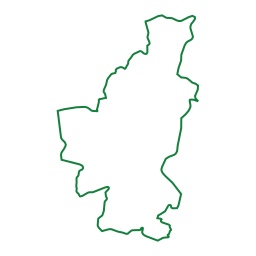 the Province of Kâmpóng Cham, rotated 270°
{"feature_id": "KHM-1784", "entity_name": "Kâmpóng Cham", "entity_type": "Province", "adm_level": 1, "iso_a3": "KHM", "parent_name": "Cambodia", "parent_adm1": "", "projection": "natural_earth1", "projection_center": [105.558, 12.075], "detail": "fine", "context": "isolated", "style": "outline", "palette": "green", "viewbox_px": 256, "rotation_deg": 270, "n_neighbors": 0, "source": "natural_earth", "source_scale": "10m", "svg_char_len": 3895}
<svg xmlns="http://www.w3.org/2000/svg" viewBox="0 0 256 256"><g transform="rotate(270 128 128)"><path d="M240.1,192.3L240.1,192.5L238.9,194.9L237.1,195.0L235.3,193.9L232.2,191.4L230.3,190.6L228.9,190.4L227.4,190.5L219.6,192.9L217.8,192.5L216.5,191.4L214.5,187.8L213.5,186.4L210.7,184.7L201.1,181.3L195.4,181.1L188.1,178.6L181.8,177.3L178.5,181.3L178.4,183.5L178.1,185.7L177.3,187.7L173.4,192.3L172.2,195.7L170.5,198.0L166.5,197.8L159.9,195.0L157.5,195.6L154.7,198.3L154.8,198.2L154.9,197.5L156.3,193.5L156.4,191.0L156.2,190.0L155.4,189.6L150.5,190.5L150.1,190.5L148.4,190.2L147.3,189.7L146.3,189.2L145.1,188.5L141.7,185.6L137.8,181.3L127.8,181.2L110.5,177.7L105.5,177.2L104.5,176.9L102.9,176.1L102.5,175.8L102.1,175.5L101.4,174.5L101.0,173.7L99.3,169.2L97.2,165.8L89.0,162.0L86.4,161.4L84.9,161.7L83.7,162.3L82.3,163.2L79.8,165.5L78.5,166.9L73.1,172.6L62.0,181.1L50.7,178.5L47.9,177.1L47.8,176.2L47.7,173.4L47.7,172.8L47.9,172.2L48.2,171.6L48.6,171.3L49.0,171.1L50.2,171.0L50.8,170.6L51.0,170.0L50.9,169.0L50.4,168.4L49.9,168.0L44.7,165.1L40.4,158.1L37.8,157.4L37.2,160.9L36.7,161.5L36.0,161.0L35.5,160.9L34.6,161.0L34.0,161.6L33.5,162.4L31.4,168.7L30.8,169.5L30.2,169.9L29.7,169.7L29.1,169.7L28.3,170.0L27.2,170.7L26.5,171.0L25.9,170.9L25.0,169.9L22.4,169.2L21.9,168.8L21.2,167.8L20.8,167.7L20.5,167.8L20.2,168.2L19.9,168.5L19.2,168.7L18.7,168.2L18.6,167.2L18.6,166.1L18.2,163.1L15.4,157.7L19.8,146.1L20.9,144.1L21.5,143.4L22.1,142.8L22.8,142.5L23.4,142.2L24.0,142.2L27.4,142.9L28.0,142.8L28.3,142.3L28.2,141.8L27.5,141.0L26.3,140.7L26.2,140.3L25.9,139.5L25.8,133.0L25.6,132.1L25.4,131.4L23.3,128.8L22.3,127.7L22.2,127.0L22.2,126.1L23.4,122.7L24.4,117.9L26.7,111.6L26.9,110.8L26.7,108.6L24.9,102.0L28.3,98.8L30.1,97.8L31.1,97.7L36.3,98.1L37.0,98.2L37.5,98.4L37.8,98.7L40.6,102.3L45.0,103.8L54.2,104.7L54.6,104.9L56.2,106.4L56.7,106.7L57.2,106.9L57.9,106.8L58.7,106.4L60.0,105.9L63.6,105.5L67.0,108.6L68.2,108.9L68.8,108.4L68.9,108.2L69.0,107.8L69.0,107.2L68.8,106.1L68.5,105.0L63.8,92.9L63.7,89.4L63.5,88.5L63.3,87.9L60.0,82.1L59.7,80.8L59.7,79.9L60.1,79.6L61.9,78.7L63.9,76.8L64.4,76.6L65.0,76.4L67.2,76.7L68.3,76.6L69.4,76.3L70.4,76.3L71.6,76.4L72.2,76.5L73.4,76.6L77.5,76.5L78.0,76.6L78.5,76.8L78.9,77.1L80.0,78.1L80.4,78.3L80.9,78.5L81.5,78.6L83.3,78.8L83.9,78.9L84.4,79.1L84.9,79.3L85.2,79.7L85.5,80.1L85.8,80.5L86.2,81.5L86.4,81.9L86.7,82.3L87.1,82.6L87.5,82.9L88.1,83.1L88.8,83.0L90.0,82.4L90.5,81.9L91.6,79.7L96.2,61.6L101.0,61.0L102.8,61.3L104.4,62.1L105.1,62.6L105.4,62.9L107.1,64.0L109.3,65.2L110.4,65.6L111.2,65.8L112.5,65.4L113.4,65.0L114.1,64.5L115.9,62.6L117.9,61.2L118.7,61.0L145.1,57.7L146.7,63.8L148.7,76.3L149.1,84.5L148.9,85.7L148.5,87.2L147.2,89.3L146.4,90.3L145.8,90.9L145.4,91.7L145.1,92.4L144.8,97.2L145.4,97.4L146.1,96.9L153.1,98.7L155.6,98.9L156.1,98.8L156.8,99.4L158.1,106.0L161.9,105.1L162.4,105.0L163.5,104.0L164.0,103.8L164.5,103.7L165.1,103.7L165.9,103.8L167.0,104.2L171.3,106.1L175.9,107.1L177.9,108.2L181.6,111.1L182.0,111.7L182.3,112.2L183.0,115.3L184.8,115.9L185.3,115.8L186.0,115.8L186.6,116.1L187.3,116.8L188.3,118.8L188.7,119.9L188.9,120.9L188.8,121.5L188.7,122.1L188.5,122.6L188.0,123.6L187.7,124.0L187.4,124.4L187.2,124.8L187.5,125.3L188.1,125.8L189.6,126.5L192.1,128.0L192.7,128.2L194.4,128.3L194.9,128.4L195.7,128.8L198.1,130.8L199.7,131.9L200.6,132.4L201.0,132.7L201.8,133.6L202.6,135.0L204.9,140.0L204.8,140.6L204.6,141.1L204.3,141.9L203.6,142.7L203.2,143.0L202.9,143.4L202.6,143.8L202.4,144.3L202.2,144.9L202.1,145.4L202.1,146.0L202.2,146.6L203.9,147.4L210.4,147.3L211.2,148.6L211.5,148.9L211.9,149.3L212.4,149.5L213.1,149.5L214.1,149.3L218.0,147.6L218.7,147.5L219.6,147.6L222.8,148.4L224.0,148.3L233.7,145.6L234.6,145.6L235.7,149.4L239.9,158.2L240.6,162.2L240.3,162.6L238.2,166.4L238.1,167.5L238.0,170.6L237.8,172.0L236.8,174.3L235.7,176.5L235.0,178.7L235.1,181.3L238.9,188.7L240.1,192.3Z" fill="none" stroke="#15803d" stroke-width="2"/></g></svg>